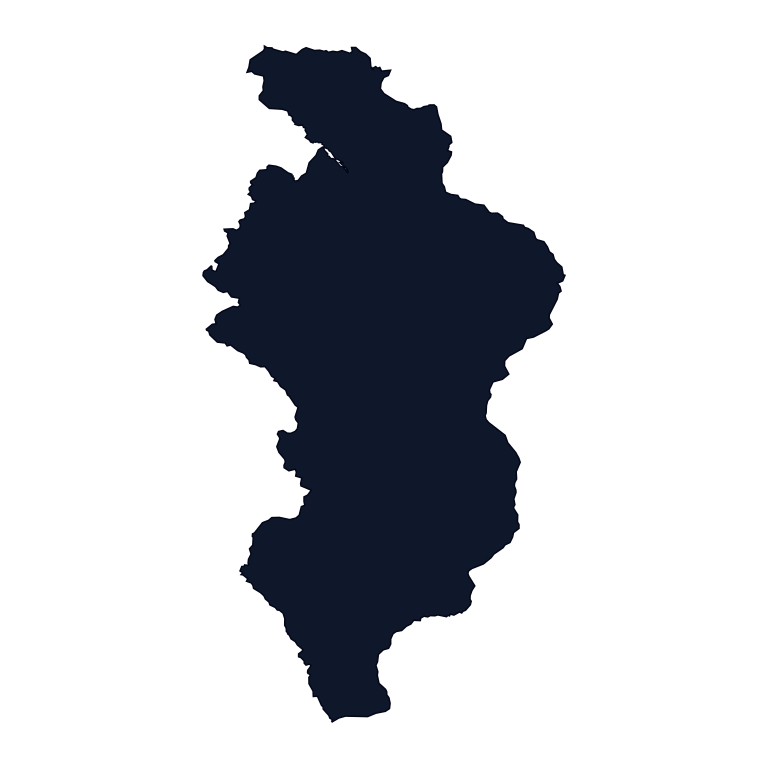 Jina, Sibiu, Romania
{"feature_id": "2599482B21479866695971", "entity_name": "Jina", "entity_type": "district", "adm_level": 2, "iso_a3": "ROU", "parent_name": "Romania", "parent_adm1": "Sibiu", "projection": "natural_earth1", "projection_center": [23.667, 45.651], "detail": "fine", "context": "isolated", "style": "filled", "palette": "ink", "viewbox_px": 768, "rotation_deg": 0, "n_neighbors": 0, "source": "geoboundaries", "source_scale": "gbopen_adm2", "svg_char_len": 6067}
<svg xmlns="http://www.w3.org/2000/svg" viewBox="0 0 768 768"><path d="M561.8,267.0L556.8,262.7L554.3,259.3L553.0,254.4L549.4,251.8L547.5,247.0L543.9,241.7L537.0,239.7L535.6,238.2L533.8,232.3L528.2,228.5L524.6,227.4L523.4,225.3L508.0,222.7L503.1,219.0L502.5,216.6L499.0,214.0L497.4,213.1L491.5,213.3L489.1,212.2L483.9,205.2L475.0,204.1L465.7,199.5L461.0,199.1L459.3,198.0L457.8,195.4L451.0,194.5L445.6,192.2L444.3,186.7L442.0,183.3L441.5,174.0L442.5,171.6L442.6,167.1L447.3,162.5L451.1,155.3L451.5,151.9L447.5,150.5L449.0,146.4L448.7,145.0L451.8,142.5L450.7,136.3L441.6,130.0L441.0,123.8L437.9,114.5L436.5,106.9L434.1,104.9L429.1,105.0L428.4,105.9L423.9,106.6L420.7,108.4L416.8,108.5L414.1,109.7L411.3,109.2L407.9,107.2L407.4,105.6L404.6,103.7L396.0,101.3L383.9,93.6L380.4,88.8L381.1,82.7L383.9,77.4L388.4,75.5L390.6,70.2L381.6,71.1L379.8,67.4L377.6,68.2L375.7,66.6L373.4,67.9L373.5,69.5L372.4,69.5L371.8,67.5L370.9,67.6L370.1,58.3L365.7,54.1L360.4,51.6L355.8,47.5L351.5,47.5L352.4,51.5L349.9,53.3L341.9,50.6L337.4,52.0L332.9,51.3L328.4,52.3L326.2,50.7L323.9,51.3L319.7,50.2L314.5,50.5L306.1,47.7L302.2,49.5L296.3,54.5L285.3,51.2L283.3,52.0L281.6,51.6L273.2,49.2L272.0,47.9L267.2,47.7L264.4,46.1L264.5,49.0L263.2,51.0L250.2,59.8L248.9,67.5L247.0,72.3L251.8,71.3L254.6,73.9L263.6,76.0L264.2,80.8L262.9,86.9L263.4,90.6L259.3,95.8L259.3,99.7L269.3,108.4L282.1,109.2L287.7,110.9L289.1,115.2L290.1,115.0L292.5,117.3L292.4,120.1L295.7,124.0L295.2,124.4L298.6,125.5L302.7,125.1L303.5,127.4L305.4,127.8L305.2,130.5L307.5,134.4L305.3,137.5L309.5,140.1L310.6,142.0L313.1,142.9L314.4,141.7L315.7,142.3L317.3,141.5L318.3,142.6L321.9,142.6L322.1,144.3L323.8,144.8L324.2,146.5L323.3,147.2L328.1,148.9L329.2,150.8L331.2,152.0L335.6,158.8L338.5,159.7L343.7,163.2L341.8,162.1L340.1,162.1L341.9,163.0L340.0,162.8L347.3,169.1L348.0,172.3L347.0,172.3L345.7,169.6L344.2,169.0L344.2,167.5L340.0,166.1L335.0,159.8L333.1,158.6L330.8,158.6L329.1,156.4L327.5,156.0L327.7,153.7L324.4,150.4L323.6,147.8L322.5,147.1L318.3,150.0L316.0,155.5L309.2,162.7L306.3,173.2L301.5,176.0L298.3,180.4L295.3,181.2L293.5,179.3L294.1,178.2L292.9,177.7L293.1,176.2L292.2,176.3L291.9,174.3L288.0,172.8L281.0,167.9L276.1,166.2L268.9,165.2L267.1,166.9L267.2,168.8L266.2,169.8L259.7,170.3L257.4,173.2L256.0,177.7L250.6,181.3L250.7,182.9L252.5,184.7L249.2,188.0L249.2,189.8L250.6,192.1L248.2,194.3L251.5,196.3L252.6,199.6L255.5,200.8L255.6,201.8L254.1,203.2L250.6,203.6L249.5,209.8L244.8,212.6L245.5,216.5L244.5,218.8L240.2,220.0L238.9,221.6L240.3,224.7L240.1,227.5L238.7,229.0L236.4,230.3L233.0,228.8L224.1,229.2L224.6,231.0L228.1,232.9L227.2,236.0L230.1,243.4L228.6,245.8L228.6,248.2L223.2,254.8L218.2,257.4L214.9,260.6L215.2,261.6L219.0,263.8L216.2,271.0L215.0,271.5L211.9,270.0L211.8,266.4L211.1,266.0L207.1,269.8L204.4,270.9L203.4,272.5L203.0,275.7L207.6,281.5L215.5,286.6L218.2,290.2L223.3,292.4L227.5,291.4L231.4,296.9L239.4,298.2L238.4,302.5L240.5,305.2L237.6,307.1L233.2,306.4L222.4,311.3L216.7,315.1L215.0,319.4L216.1,323.8L212.3,324.3L206.3,329.2L206.6,330.2L208.8,331.2L209.8,334.9L217.3,342.1L225.2,343.0L227.1,345.9L230.6,345.0L237.7,350.6L243.5,353.0L245.7,354.8L246.5,357.3L249.0,359.9L249.7,363.3L255.6,364.6L260.6,366.8L265.0,366.6L268.9,371.3L271.6,376.2L275.1,378.3L273.9,380.6L277.6,381.6L280.5,386.4L285.7,390.0L287.5,395.0L289.4,396.3L295.2,405.1L298.1,407.3L295.1,416.9L295.8,419.7L298.3,423.0L297.4,428.7L295.2,431.4L290.9,433.3L287.4,433.2L283.0,430.5L278.6,431.5L277.4,434.2L279.6,437.6L279.7,439.1L276.8,446.7L279.0,452.4L284.8,459.3L285.3,462.1L284.0,465.3L284.1,467.7L288.9,470.8L295.2,469.2L296.4,472.0L295.7,476.1L301.8,477.9L300.6,483.7L301.0,485.9L311.3,490.2L307.6,495.1L304.0,496.9L304.0,501.6L304.8,505.3L301.4,506.6L299.2,515.2L296.0,518.0L289.7,519.6L279.3,517.4L271.8,517.6L268.5,520.4L262.5,522.7L254.4,533.0L252.5,533.9L252.3,536.4L253.2,537.4L252.8,545.1L249.5,548.8L251.1,554.1L248.5,559.2L248.1,563.1L248.8,564.5L247.3,565.3L244.6,564.9L244.1,566.4L241.8,566.5L240.0,571.0L242.8,572.7L241.1,574.6L243.0,574.9L247.8,578.8L246.5,581.2L251.4,583.0L252.9,585.3L253.6,588.4L260.4,592.5L263.9,595.7L265.4,599.0L269.0,602.0L269.9,604.9L275.2,607.4L277.3,610.0L279.5,610.3L283.1,613.2L284.8,618.7L284.7,625.3L286.2,628.1L286.4,631.6L288.1,633.0L287.6,633.8L289.4,635.3L291.1,638.9L295.3,641.6L297.5,645.1L302.9,649.5L302.1,651.3L298.6,653.8L298.6,656.8L300.8,657.5L304.1,660.8L304.3,663.3L306.0,665.1L309.1,664.2L310.5,664.8L310.8,666.1L307.8,670.2L307.5,672.3L308.1,673.6L309.7,674.1L310.2,676.0L308.9,677.2L309.0,683.8L313.1,691.1L313.3,696.5L316.9,696.2L317.8,697.0L321.5,705.4L323.1,706.8L323.2,709.1L328.9,715.5L329.8,718.1L332.7,719.8L331.7,721.1L332.2,721.9L338.8,718.0L345.5,716.1L367.6,716.6L375.9,713.2L385.4,711.3L389.5,708.6L390.1,703.3L388.9,697.7L386.8,694.9L386.7,691.7L385.6,689.4L379.0,683.4L377.3,675.3L377.8,671.7L375.9,665.3L377.5,661.9L378.4,654.4L383.3,649.8L388.6,648.3L390.7,644.1L390.7,639.0L393.0,633.8L396.2,631.5L401.7,630.5L406.4,626.2L410.9,624.0L413.7,620.3L420.3,620.6L420.7,618.1L424.0,616.2L427.7,616.9L430.3,615.6L434.9,615.8L437.7,614.9L446.5,616.7L448.1,615.3L449.5,615.9L450.3,614.1L453.9,615.1L459.5,612.0L461.7,613.0L463.0,611.3L465.5,610.3L470.3,604.8L471.2,601.3L470.0,599.3L470.1,595.7L471.9,590.5L474.8,585.9L468.8,576.2L467.9,573.5L468.6,570.9L471.9,568.5L483.5,563.9L491.1,557.7L493.8,554.1L503.1,547.7L505.0,544.9L510.0,542.5L512.6,537.0L513.5,532.6L519.0,528.4L519.0,524.5L517.5,521.9L517.7,514.8L513.9,508.8L513.6,507.0L514.9,504.7L513.8,498.9L516.0,492.5L515.8,489.9L514.3,485.9L514.7,482.8L516.6,479.0L516.2,471.7L520.2,462.3L518.8,458.1L515.7,452.5L507.8,442.8L505.1,435.3L488.8,422.7L486.1,419.5L485.1,415.6L486.1,413.1L486.5,405.4L487.7,400.7L490.5,397.1L491.0,394.4L489.9,393.2L489.4,389.8L493.0,381.9L502.4,379.3L508.8,374.1L504.5,366.1L504.7,360.7L509.0,356.0L522.2,348.7L526.5,338.5L533.4,337.1L545.9,330.7L548.9,328.8L552.3,324.1L549.1,318.1L549.3,314.7L557.2,299.2L558.5,293.1L561.1,291.1L559.8,286.4L557.2,283.3L562.7,280.9L565.0,275.3L563.2,274.7L561.8,267.0Z" fill="#0f172a" stroke="#020617" stroke-width="1.5"/></svg>